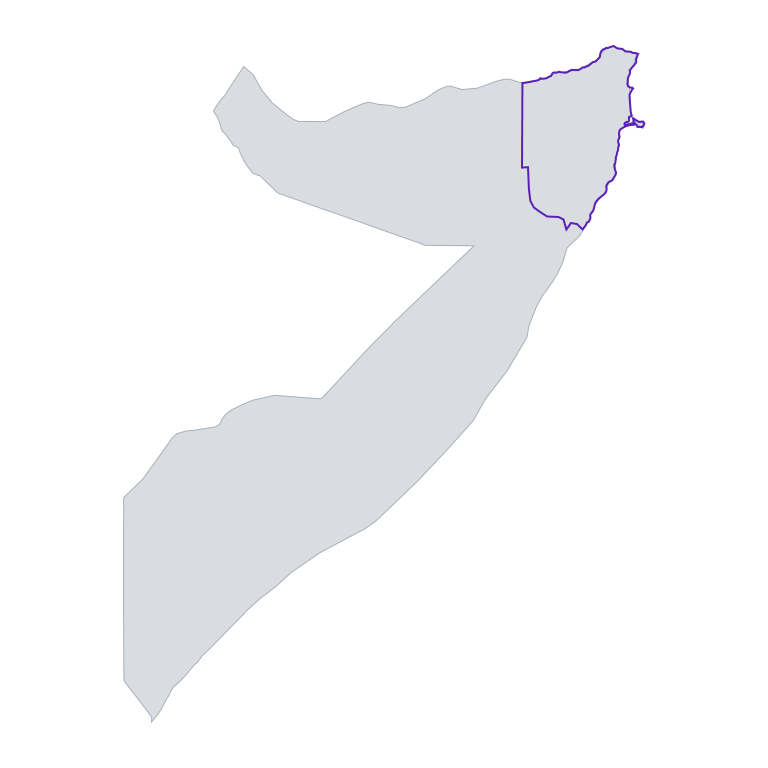 where Bari sits in Somalia
{"feature_id": "SOM-1", "entity_name": "Bari", "entity_type": "Region", "adm_level": 1, "iso_a3": "SOM", "parent_name": "Somalia", "parent_adm1": "", "projection": "orthographic", "projection_center": [50.532, 10.16], "detail": "fine", "context": "in_parent", "style": "outline", "palette": "violet", "viewbox_px": 768, "rotation_deg": 0, "n_neighbors": 0, "source": "natural_earth", "source_scale": "10m", "svg_char_len": 5601}
<svg xmlns="http://www.w3.org/2000/svg" viewBox="0 0 768 768"><path d="M151.7,717.9L150.9,715.9L146.2,709.7L137.4,698.2L130.7,689.5L123.9,680.6L123.9,673.6L123.8,652.8L123.6,611.2L123.6,569.5L123.6,527.7L123.7,506.7L123.7,498.2L124.5,496.8L132.2,489.3L142.5,479.4L156.2,460.5L163.6,450.1L169.7,441.5L171.3,438.9L176.8,433.7L186.9,430.8L193.2,430.4L214.8,427.0L218.1,425.5L220.0,423.7L221.8,419.5L226.1,413.7L231.6,409.8L242.0,404.7L252.1,400.5L254.4,399.8L266.6,397.2L269.6,396.3L274.6,395.4L276.5,395.4L293.4,396.8L306.7,397.8L320.4,398.8L321.8,398.2L331.5,387.9L346.8,371.5L356.6,361.0L371.7,344.8L383.4,333.1L396.2,320.1L408.7,308.2L423.6,293.9L433.1,284.9L447.7,270.9L461.7,257.6L474.0,245.8L457.1,245.6L440.6,245.5L424.4,245.3L421.5,243.8L407.9,239.0L390.7,233.0L369.4,225.4L354.2,220.0L338.1,214.3L321.7,208.6L308.9,204.1L292.9,198.4L279.0,193.5L277.1,192.3L269.5,185.0L259.6,175.4L257.6,175.2L252.8,173.2L248.6,168.0L244.3,161.5L240.3,153.3L238.6,147.7L233.1,145.3L230.6,140.9L225.7,134.4L222.3,131.2L221.1,128.4L219.7,122.7L217.0,116.5L214.3,112.7L213.8,111.0L213.9,110.0L219.2,101.8L221.6,98.9L224.2,96.1L226.4,93.3L227.3,91.3L233.6,81.7L239.3,73.2L243.7,66.6L253.0,74.5L261.9,90.3L272.5,103.1L287.2,115.1L293.0,119.2L298.2,121.4L325.5,121.6L345.1,111.2L362.8,103.7L368.8,102.2L378.9,104.5L390.2,105.3L400.3,107.8L405.5,107.2L425.7,98.5L438.4,89.8L447.0,86.2L450.4,86.2L462.1,89.5L477.2,88.2L497.9,80.8L504.4,79.3L509.4,79.2L520.7,82.7L522.4,82.5L528.5,81.9L544.5,78.4L557.0,73.0L580.0,69.1L597.5,59.2L600.6,54.4L605.9,48.4L613.5,46.4L633.1,53.4L636.3,54.0L635.1,58.3L634.5,62.7L630.5,70.3L627.9,78.8L629.8,91.8L630.8,112.9L630.3,115.9L629.0,118.9L628.5,121.3L626.4,122.1L625.4,123.5L627.0,124.0L633.1,121.7L633.0,119.2L633.4,118.0L638.4,120.8L642.1,121.9L643.1,124.6L642.8,126.4L637.1,125.6L634.2,124.2L625.6,126.5L620.4,129.0L618.9,133.1L617.7,149.6L615.6,160.3L615.3,174.5L608.4,183.9L606.0,190.5L595.7,203.7L590.3,215.1L588.6,220.6L579.5,236.1L567.0,248.0L562.5,263.1L558.0,272.6L552.9,281.3L541.9,296.6L536.2,307.2L529.0,325.7L526.9,337.4L506.8,371.3L486.0,398.2L473.0,420.9L449.7,447.0L418.0,480.7L376.5,520.5L365.2,528.6L319.9,552.7L290.6,572.9L275.6,586.8L259.9,598.7L247.4,610.1L209.8,648.7L205.9,652.3L202.3,655.7L197.6,662.2L194.3,664.8L185.3,675.8L179.8,681.4L173.5,687.0L170.9,691.0L169.0,695.6L166.9,698.2L161.3,709.2L156.4,716.3L151.5,721.9L151.7,717.9Z" fill="#d9dde1" stroke="#a8b0b8" stroke-width="1"/><path d="M522.0,167.6L522.0,161.9L522.1,156.2L522.1,150.6L522.1,145.0L522.1,139.3L522.2,133.7L522.2,128.1L522.2,122.4L522.3,116.8L522.3,111.2L522.3,105.5L522.3,99.9L522.4,94.3L522.4,88.6L522.4,83.0L524.3,82.9L530.8,81.7L537.2,80.5L539.1,79.7L539.9,78.6L540.4,78.2L541.0,78.5L541.4,78.8L542.0,78.8L545.1,78.5L546.1,78.3L546.8,78.0L549.5,76.5L550.4,76.3L551.1,75.9L552.2,73.7L552.9,72.9L553.8,72.5L554.9,72.5L557.2,72.5L557.4,72.4L558.2,72.0L558.7,71.9L559.2,71.8L560.7,72.2L565.0,72.7L567.3,72.3L568.8,71.2L569.2,71.2L570.0,70.6L570.6,70.5L570.8,70.4L571.4,69.9L571.8,69.8L572.1,69.8L572.5,70.0L572.8,70.1L577.3,70.0L578.2,70.2L581.1,68.6L582.1,67.7L582.6,67.4L584.3,67.5L584.8,67.2L585.2,67.0L585.7,66.7L587.8,66.1L588.8,65.5L592.9,62.1L595.2,61.7L596.1,61.0L597.8,59.2L599.2,57.8L599.8,57.0L600.1,55.9L600.1,54.8L600.3,53.7L600.7,52.6L601.1,51.6L602.2,50.2L602.9,49.5L603.6,49.2L604.2,49.2L605.5,48.5L605.7,48.2L605.9,48.0L606.1,47.8L606.4,47.8L606.9,48.1L607.1,48.2L608.2,47.9L610.2,47.0L612.0,46.6L612.6,46.2L613.8,46.1L617.2,48.4L622.3,48.9L625.2,51.3L626.1,51.6L630.0,51.6L631.0,51.8L632.6,52.8L633.6,53.0L634.7,53.0L635.9,53.1L636.9,53.5L638.1,53.9L637.4,55.5L636.8,57.6L636.0,59.1L636.3,61.5L635.9,62.9L635.0,63.8L634.2,65.2L632.7,66.6L631.1,68.8L629.9,70.0L629.7,70.3L629.8,70.9L630.0,71.6L630.1,72.0L629.9,73.2L629.6,74.3L628.0,77.7L627.8,78.5L627.7,81.8L627.4,83.9L628.0,86.2L630.2,87.6L632.4,87.7L633.1,88.7L631.9,89.8L630.8,92.2L630.3,93.0L629.9,93.7L629.6,94.8L629.5,96.0L630.0,102.9L630.7,111.9L631.8,115.8L631.5,116.3L630.3,116.5L629.1,116.9L628.9,117.8L629.1,120.0L628.9,121.0L628.4,121.6L627.7,121.9L626.6,122.0L625.6,122.4L624.8,123.1L624.4,124.0L624.8,124.8L625.7,124.9L633.3,123.4L633.8,123.5L634.3,123.6L634.7,123.6L634.9,123.2L634.7,122.7L634.2,122.4L633.8,122.1L633.5,121.9L633.5,120.7L633.4,119.7L633.1,118.6L632.5,117.6L633.3,118.3L634.1,118.8L634.7,119.5L635.6,120.0L636.0,120.3L636.6,120.5L637.7,121.3L638.3,121.7L639.2,121.9L639.9,122.1L640.4,122.0L640.9,121.7L641.5,121.5L642.5,121.6L643.3,121.7L643.7,122.9L644.4,123.3L644.1,124.2L643.5,125.9L642.9,126.1L642.6,126.3L642.2,126.6L642.4,127.3L642.0,127.3L641.1,127.0L640.4,127.0L639.7,126.8L638.7,127.1L637.3,126.8L637.0,125.9L636.8,125.3L636.5,124.7L635.7,124.4L628.3,125.4L624.7,126.7L620.3,129.4L619.4,131.0L619.0,134.1L619.6,136.9L618.1,140.7L618.4,143.0L619.0,144.6L619.0,145.2L618.9,145.8L618.5,146.5L617.9,150.0L618.0,150.6L617.5,151.6L617.1,152.5L616.7,155.0L616.0,156.9L615.7,157.4L615.9,158.8L615.8,159.3L615.6,160.3L615.2,163.3L614.3,164.7L614.3,166.2L614.7,168.8L615.9,172.1L616.0,173.1L615.9,174.0L615.5,174.9L612.5,180.0L611.5,180.8L609.4,181.7L608.6,182.2L607.9,183.0L606.5,185.4L606.2,186.1L606.6,189.3L606.5,190.4L605.8,192.3L604.4,194.1L598.9,198.4L597.4,200.0L596.2,201.6L595.3,203.1L594.6,205.2L593.7,209.3L593.0,211.1L590.6,214.0L590.2,215.0L590.4,218.0L590.2,218.9L589.4,220.8L588.8,221.7L588.0,222.1L587.1,222.4L586.6,223.2L586.2,224.2L585.8,225.2L582.6,229.4L576.9,224.0L570.9,223.0L568.9,226.0L566.4,229.5L563.5,219.5L558.5,217.0L547.1,216.5L539.2,211.4L533.8,207.4L530.3,200.8L528.9,188.8L528.0,167.2L522.0,167.6Z" fill="none" stroke="#5b21b6" stroke-width="2"/></svg>